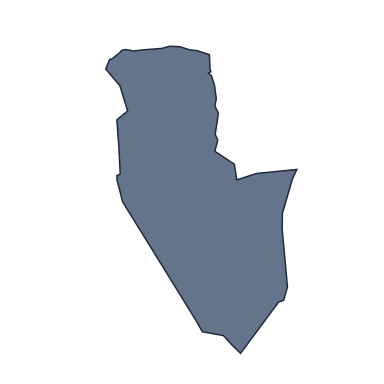 Baw, Blue Nile, Sudan (Mercator projection), rotated 290°
{"feature_id": "16777658B5498813311295", "entity_name": "Baw", "entity_type": "district", "adm_level": 2, "iso_a3": "SDN", "parent_name": "Sudan", "parent_adm1": "Blue Nile", "projection": "mercator", "projection_center": [33.983, 11.162], "detail": "fine", "context": "isolated", "style": "filled", "palette": "slate", "viewbox_px": 384, "rotation_deg": 290, "n_neighbors": 0, "source": "geoboundaries", "source_scale": "gbopen_adm2", "svg_char_len": 919}
<svg xmlns="http://www.w3.org/2000/svg" viewBox="0 0 384 384"><g transform="rotate(290 192 192)"><path d="M327.0,161.4L326.5,148.2L324.8,141.4L324.3,130.6L321.3,121.1L316.6,114.5L309.1,98.0L304.0,87.7L304.1,85.0L303.3,82.4L303.0,80.5L301.1,77.6L297.8,76.2L290.0,71.5L288.4,69.3L278.1,68.8L275.5,73.3L267.2,87.9L246.2,103.8L234.1,96.7L209.2,107.9L184.3,118.4L181.7,115.8L177.3,117.6L172.6,120.9L158.9,130.3L119.1,180.8L72.7,239.6L66.8,246.6L64.2,249.6L67.8,270.6L62.1,281.5L57.0,292.8L88.8,302.3L111.4,309.0L118.1,311.0L121.7,315.2L127.9,314.7L135.4,314.2L187.8,289.5L202.7,284.3L238.9,281.9L249.0,282.8L231.7,246.7L218.7,229.9L232.6,222.3L238.1,199.5L249.7,198.5L254.0,194.1L273.4,190.2L274.6,190.0L276.0,188.9L278.3,186.5L280.9,184.0L288.1,182.9L296.9,178.2L298.0,177.8L299.3,177.0L301.8,175.3L307.9,170.4L309.4,166.8L311.4,168.6L313.9,166.8L327.0,161.4Z" fill="#64748b" stroke="#1e293b" stroke-width="1.5"/></g></svg>